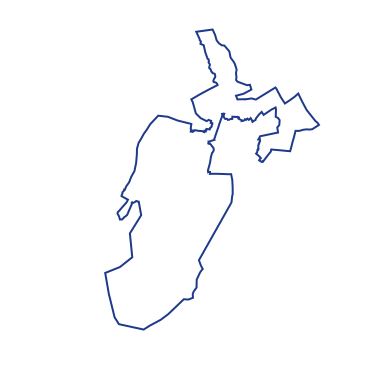 Jere, Borno, Nigeria, rotated 210°
{"feature_id": "59680162B64727590098747", "entity_name": "Jere", "entity_type": "district", "adm_level": 2, "iso_a3": "NGA", "parent_name": "Nigeria", "parent_adm1": "Borno", "projection": "robinson", "projection_center": [13.17, 11.942], "detail": "fine", "context": "isolated", "style": "outline", "palette": "blue", "viewbox_px": 384, "rotation_deg": 210, "n_neighbors": 0, "source": "geoboundaries", "source_scale": "gbopen_adm2", "svg_char_len": 5963}
<svg xmlns="http://www.w3.org/2000/svg" viewBox="0 0 384 384"><g transform="rotate(210 192 192)"><path d="M155.7,257.3L155.1,257.2L154.9,257.1L153.4,256.9L152.2,256.6L150.7,256.3L149.7,255.9L149.3,255.7L149.7,254.2L149.7,253.0L148.1,252.9L146.6,252.9L146.3,254.0L145.7,253.8L145.6,254.4L145.5,255.3L145.4,256.2L145.3,257.0L145.2,257.4L145.1,258.5L145.0,259.4L144.9,259.9L144.8,260.7L144.7,261.4L144.6,262.5L144.4,263.4L144.3,264.5L144.2,265.0L144.1,265.3L144.0,265.9L144.0,266.2L144.0,266.4L144.1,266.9L144.2,267.1L144.3,267.3L144.4,267.6L144.6,268.0L144.6,268.5L144.1,268.7L143.6,268.9L136.1,272.4L131.2,274.6L127.4,276.4L128.6,281.0L129.9,285.5L131.1,290.4L132.9,296.7L129.5,298.7L126.8,301.5L124.0,303.6L121.3,304.9L119.2,306.6L115.6,313.6L117.9,314.7L120.7,315.2L133.8,320.4L141.7,325.3L149.2,330.4L150.8,325.6L152.1,322.7L153.2,320.3L155.8,315.1L162.3,318.4L170.7,323.7L172.0,324.2L182.9,304.0L187.2,302.8L191.5,299.4L191.5,299.5L199.0,294.9L202.0,297.4L196.5,302.8L191.8,310.4L195.4,313.8L197.8,312.0L207.6,310.3L209.8,311.0L210.9,313.6L213.3,316.9L214.6,320.4L218.5,323.9L218.5,324.0L220.8,325.5L225.4,327.5L226.1,328.0L229.8,332.3L230.7,332.7L237.2,335.0L239.7,333.9L243.2,334.3L246.4,335.6L250.7,339.7L255.4,343.0L268.4,332.9L261.8,328.2L261.5,327.8L261.1,327.3L260.4,327.2L259.6,326.8L259.4,326.1L259.1,325.7L258.7,324.5L255.3,325.0L255.0,324.7L250.3,319.6L245.0,315.1L244.0,315.2L243.1,314.1L242.7,313.7L242.6,313.0L242.5,312.6L242.4,312.5L242.0,312.2L241.1,311.9L240.6,311.6L240.3,311.4L240.1,310.9L239.9,310.4L239.8,310.0L239.7,309.3L239.3,308.3L238.9,307.9L238.4,307.7L237.8,307.8L237.3,307.6L236.9,307.3L236.6,307.0L236.2,306.7L235.8,306.3L235.4,305.9L234.3,305.8L233.8,305.3L233.5,305.2L233.0,305.4L232.7,305.5L231.7,305.7L231.2,305.6L230.8,305.2L230.3,304.6L229.7,303.8L229.4,303.1L229.3,302.8L229.4,302.5L229.4,302.2L229.5,301.8L229.3,300.1L229.0,298.7L228.6,298.3L228.1,298.1L226.4,298.7L225.4,298.6L224.4,298.3L223.3,297.4L229.0,288.6L234.2,280.1L238.9,271.9L236.2,270.1L231.3,265.3L227.9,262.0L221.5,260.3L214.7,260.7L213.6,262.8L212.2,262.9L211.0,263.2L210.6,262.1L210.3,261.2L208.8,261.8L208.4,261.1L208.3,260.7L208.3,260.2L208.3,259.7L207.9,259.1L207.8,258.5L207.7,257.8L208.0,257.4L208.1,257.2L208.2,256.7L208.1,256.4L208.4,256.3L208.4,256.1L208.3,255.9L208.2,255.6L208.0,255.0L208.5,254.8L209.7,254.4L210.2,254.2L210.6,253.9L211.0,253.8L210.8,253.3L210.6,252.9L210.9,252.8L211.1,252.6L211.0,252.3L210.7,251.8L210.4,251.9L210.3,251.4L210.7,251.3L212.0,251.0L211.9,250.5L211.3,250.6L211.2,250.3L211.2,250.0L212.1,249.9L212.5,249.8L213.1,249.8L213.3,249.8L213.7,249.8L214.1,249.6L214.4,249.5L214.8,249.2L215.2,249.1L216.6,248.4L217.5,248.0L219.3,247.4L220.5,246.9L220.5,246.3L221.5,245.9L221.4,245.6L221.9,245.4L221.5,244.4L222.6,244.0L223.3,243.7L223.6,244.5L223.9,245.7L224.8,246.2L226.6,250.6L240.2,246.7L250.4,245.1L259.4,241.2L262.1,229.8L262.3,223.1L262.8,218.6L262.7,212.1L262.8,207.8L261.3,202.0L258.3,196.5L254.9,189.2L252.3,181.3L252.2,174.7L251.3,169.0L251.8,164.0L251.3,160.4L252.0,160.1L251.6,158.9L251.8,157.9L252.1,157.1L251.9,156.6L251.4,155.7L251.5,154.8L251.0,153.2L243.6,153.3L243.5,150.1L245.0,143.0L245.6,139.4L246.2,137.5L245.6,135.9L244.1,135.1L242.9,134.4L241.9,133.3L240.7,132.2L240.4,132.5L240.1,132.5L239.9,132.7L239.7,132.8L238.9,133.1L238.3,135.1L238.0,136.7L237.5,137.4L236.7,139.7L238.1,151.6L238.8,152.4L238.7,153.1L238.0,152.9L237.3,153.4L236.8,154.2L236.3,155.1L235.9,156.2L235.2,156.6L234.3,156.4L233.3,157.0L224.4,146.5L225.1,125.1L211.1,105.6L216.9,91.0L226.7,78.5L213.1,62.2L196.4,44.8L189.2,41.0L165.1,48.7L161.7,55.2L155.3,65.5L151.5,74.3L145.5,95.0L141.3,97.1L138.3,100.9L140.4,104.1L140.8,106.7L140.6,108.3L140.3,111.6L144.1,118.4L144.8,126.5L144.6,128.4L144.2,130.7L147.6,132.8L151.9,136.4L152.6,202.7L155.3,208.9L155.6,210.3L158.9,216.0L161.2,219.6L163.3,222.8L166.0,225.8L167.0,227.0L169.7,225.4L171.7,224.4L180.1,219.9L185.5,216.7L185.7,217.5L186.2,218.0L186.4,218.4L187.0,218.2L187.5,217.8L187.9,217.2L188.9,218.4L191.0,226.3L193.1,231.8L194.1,235.6L193.9,237.2L193.9,238.0L194.1,239.0L194.8,240.3L195.1,240.5L195.7,241.0L196.6,241.3L198.2,241.9L199.1,242.4L200.2,242.7L200.5,242.7L201.2,242.3L201.9,242.1L202.1,242.1L202.5,243.1L202.9,243.9L202.4,244.0L202.1,244.2L201.9,244.8L201.7,245.0L201.4,245.0L201.2,245.4L201.0,245.8L200.2,246.7L198.6,248.4L199.2,248.9L199.3,249.2L199.5,251.0L199.9,252.4L200.4,255.2L200.7,256.5L200.9,257.8L201.3,259.6L201.4,260.5L202.3,264.3L203.3,269.7L203.7,272.3L203.9,273.0L204.2,273.6L204.7,274.4L205.0,274.7L204.4,275.2L203.8,275.7L203.2,275.9L202.8,273.8L202.5,273.4L202.1,273.1L201.6,272.7L201.0,272.3L200.5,272.1L200.1,271.9L199.8,271.9L199.4,272.1L198.6,272.7L198.2,272.8L197.9,272.8L197.4,272.8L197.0,272.4L195.7,273.5L195.1,274.5L194.6,274.8L193.7,275.4L194.7,277.4L193.6,277.9L192.8,278.2L192.4,278.7L191.6,278.8L191.1,279.2L190.7,279.3L190.2,279.5L190.0,280.0L189.4,280.0L189.1,280.1L188.6,280.1L188.5,279.8L188.5,278.8L187.3,278.8L186.5,278.8L185.7,278.9L184.7,279.0L184.4,278.3L183.9,278.8L182.8,279.7L182.6,280.1L182.6,280.5L182.5,281.1L182.5,281.4L182.3,281.4L181.7,281.4L181.4,281.4L181.4,282.0L181.0,282.1L180.7,283.2L180.1,283.1L179.6,283.1L178.9,282.9L178.3,284.8L178.2,285.3L176.8,284.6L174.7,283.0L174.2,284.1L173.9,284.9L173.6,285.3L173.0,286.0L173.4,287.6L173.2,289.3L172.7,292.7L171.7,296.2L168.5,294.6L166.4,299.0L164.3,303.3L163.2,304.9L161.9,307.0L160.6,305.6L157.1,299.0L154.5,299.1L152.0,298.0L149.9,293.6L150.4,290.5L147.2,286.5L149.5,284.5L160.9,274.3L160.8,272.0L160.8,270.9L160.4,271.2L160.3,271.3L160.1,271.4L159.9,271.6L159.6,271.7L159.3,270.7L159.1,270.4L158.7,270.4L158.5,270.0L158.4,269.8L158.4,269.5L158.5,269.4L158.5,268.9L158.4,268.2L158.3,267.2L158.0,267.2L157.9,265.8L157.9,265.3L157.0,264.3L156.9,263.8L156.8,263.7L156.4,262.5L156.0,262.6L155.8,262.1L155.7,261.7L156.0,261.4L156.3,261.2L156.1,260.8L155.6,259.2L155.5,258.9L155.5,258.4L155.6,258.0L155.7,257.3Z" fill="none" stroke="#1e3a8a" stroke-width="2"/></g></svg>